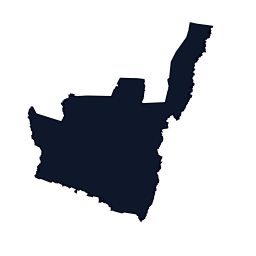 Zacualpan, Morelos, Mexico (Mercator projection), rotated 351°
{"feature_id": "50627088B38622860816181", "entity_name": "Zacualpan", "entity_type": "district", "adm_level": 2, "iso_a3": "MEX", "parent_name": "Mexico", "parent_adm1": "Morelos", "projection": "mercator", "projection_center": [-98.741, 18.81], "detail": "fine", "context": "isolated", "style": "filled", "palette": "ink", "viewbox_px": 256, "rotation_deg": 351, "n_neighbors": 0, "source": "geoboundaries", "source_scale": "gbopen_adm2", "svg_char_len": 5797}
<svg xmlns="http://www.w3.org/2000/svg" viewBox="0 0 256 256"><g transform="rotate(351 128 128)"><path d="M32.7,99.9L32.4,101.4L31.4,101.6L31.3,102.0L32.9,104.3L32.6,104.8L32.9,107.3L32.4,107.8L32.4,108.7L32.9,109.3L32.8,110.5L31.9,111.4L32.6,112.5L32.5,115.1L33.1,115.6L33.5,117.8L33.0,118.9L33.2,120.3L31.9,120.6L31.9,121.1L32.7,121.6L32.8,122.2L31.8,122.8L33.9,125.4L34.1,128.7L33.8,129.9L34.6,130.1L36.6,131.9L38.1,132.7L39.8,137.4L39.4,138.1L38.8,141.6L38.7,141.8L38.1,141.8L38.0,143.1L36.9,143.1L36.7,143.7L36.6,144.9L37.1,145.9L37.2,147.5L36.8,149.4L36.4,149.9L35.4,149.9L34.4,151.1L33.0,151.9L32.6,153.5L34.1,155.1L34.0,155.3L32.3,155.1L32.4,155.7L33.3,156.4L31.3,156.9L30.6,159.4L28.8,160.8L29.6,162.4L30.7,162.6L31.8,163.8L32.9,164.0L33.8,163.7L43.4,169.3L45.2,168.2L46.1,169.1L46.6,169.0L47.8,170.4L48.9,169.8L49.4,171.0L50.7,170.7L53.8,172.9L54.6,173.6L54.8,174.5L55.5,173.4L56.1,174.5L56.7,173.9L57.6,175.1L60.4,176.8L60.6,177.3L60.9,176.8L61.8,177.4L62.3,176.6L67.8,180.1L66.9,182.1L66.0,182.0L65.7,182.6L66.7,183.6L67.9,180.2L69.8,181.5L70.4,181.0L71.8,180.7L71.8,181.1L73.3,181.9L73.1,182.4L76.3,183.5L76.1,184.1L77.8,185.5L79.3,186.1L77.6,188.2L82.1,190.0L82.7,189.1L89.0,191.5L88.6,192.9L88.9,194.2L88.1,196.5L89.2,196.8L89.9,196.1L90.9,195.9L91.0,197.1L91.3,195.5L91.0,195.3L90.7,194.2L91.0,192.7L92.0,193.1L92.7,193.8L92.4,195.2L92.5,195.9L92.9,196.0L92.5,197.6L94.6,198.3L96.3,199.8L97.4,201.1L97.3,202.2L98.2,202.9L98.5,203.0L98.5,202.5L99.3,202.6L99.5,203.7L98.7,206.4L100.8,206.6L101.6,207.5L108.7,210.6L111.4,210.2L123.2,214.0L123.7,215.6L125.0,215.3L124.8,218.7L126.3,221.9L127.3,220.7L128.3,220.6L128.0,219.8L129.2,220.0L130.2,219.7L130.8,218.0L131.7,217.5L132.2,216.8L131.7,215.6L133.4,214.6L134.2,211.4L135.5,210.7L135.6,209.4L136.3,208.6L137.8,208.0L138.3,207.2L139.5,206.5L139.6,205.3L140.6,204.4L140.9,203.6L140.7,202.4L141.7,202.1L142.6,199.1L143.8,196.9L144.0,196.0L143.2,195.8L143.1,195.1L145.6,193.8L145.8,192.6L145.4,192.5L145.2,191.9L145.7,191.4L145.4,190.7L146.3,189.9L146.8,188.7L147.8,188.2L147.8,186.9L149.2,186.6L149.5,186.2L149.9,184.6L149.5,181.9L149.7,179.7L148.7,176.8L148.9,176.2L150.5,175.3L151.4,175.2L151.9,174.1L153.7,172.8L153.8,172.4L152.9,171.8L153.8,171.3L153.9,170.7L153.1,170.4L153.6,169.5L153.7,168.6L155.3,167.1L154.1,166.9L154.0,166.2L156.7,162.0L156.2,161.7L155.6,162.0L155.2,161.7L154.9,160.7L153.8,160.2L153.3,158.8L152.7,154.1L153.8,152.0L154.7,152.6L155.1,151.5L155.9,151.0L156.1,150.1L157.0,149.5L157.8,147.9L158.7,146.8L159.9,146.1L160.5,143.6L160.4,141.8L159.5,141.8L159.2,141.4L159.2,140.8L160.1,139.5L159.5,138.7L159.7,136.4L160.0,136.1L160.7,136.5L160.4,135.3L161.8,133.8L166.4,134.0L167.2,133.8L167.1,131.0L167.8,129.8L166.6,129.9L166.3,129.5L167.4,128.9L166.7,128.5L166.1,127.3L166.3,126.2L166.6,125.8L167.5,125.4L167.1,124.9L167.8,124.3L169.1,123.7L170.1,123.8L170.5,123.2L170.7,122.1L172.2,122.2L173.6,121.0L175.2,121.4L174.7,122.2L175.7,123.2L175.5,124.5L176.6,125.7L177.2,125.7L177.4,127.5L178.5,127.3L177.9,125.5L178.1,125.2L179.0,126.3L179.7,126.6L179.9,125.3L179.3,124.4L179.4,124.0L180.0,123.8L180.6,124.2L181.7,123.7L182.8,119.6L184.6,118.7L184.1,119.6L185.3,119.4L186.7,117.3L187.4,116.9L188.0,115.3L189.5,113.4L190.3,112.8L190.2,112.4L191.2,110.8L191.6,111.0L192.0,110.6L191.8,109.9L192.8,109.3L193.1,108.3L193.6,107.8L194.8,107.6L195.4,106.8L195.7,105.8L194.8,105.5L194.1,104.4L193.2,104.2L193.8,103.3L194.7,103.1L195.3,102.2L196.5,102.1L197.0,101.6L197.2,99.8L195.8,97.3L196.1,96.8L196.7,97.1L196.8,98.0L197.4,98.1L197.8,97.9L197.9,96.6L199.6,95.7L199.9,95.2L199.9,94.7L199.1,94.0L198.8,92.6L199.3,91.0L199.2,90.5L198.2,89.7L198.8,88.6L198.4,88.1L198.4,87.6L199.7,87.4L200.6,85.7L201.4,85.7L201.7,85.1L201.2,84.3L200.0,84.4L199.1,83.9L199.3,83.4L200.7,82.5L200.7,81.7L202.7,80.8L202.5,80.1L202.1,79.8L201.2,79.8L201.1,79.5L203.1,76.9L203.0,74.8L204.6,73.3L205.1,73.4L205.5,72.7L206.1,73.0L206.4,72.2L207.9,70.9L207.8,70.7L206.2,70.9L206.0,70.2L206.3,69.9L207.4,70.0L208.2,68.9L208.7,69.1L209.7,68.4L210.3,68.7L210.7,68.1L210.7,67.0L211.8,67.7L212.3,67.4L212.1,66.0L211.7,65.7L212.2,64.8L213.5,64.9L213.9,64.2L214.4,64.2L216.2,64.6L216.1,63.8L215.4,63.8L214.9,63.1L215.2,62.5L216.1,62.8L216.3,62.4L215.1,61.2L215.3,60.9L216.1,61.2L216.0,60.2L215.4,60.0L215.8,59.2L216.5,59.5L217.1,59.4L217.4,58.0L215.5,56.6L217.1,56.3L217.1,55.7L218.0,55.2L218.0,54.5L216.4,53.4L217.6,52.2L218.9,52.4L218.9,52.1L220.1,51.6L220.3,51.1L220.8,50.9L221.8,51.4L222.3,51.1L222.3,50.1L223.2,49.4L223.1,48.0L224.4,47.5L224.4,47.1L224.3,46.7L222.2,46.5L221.9,46.2L222.1,45.7L222.4,45.3L223.4,46.1L224.3,45.6L224.8,44.7L224.2,43.3L224.6,43.1L224.7,41.7L227.1,41.4L227.2,40.9L212.0,36.4L206.0,34.1L203.6,41.4L200.3,48.0L187.4,61.1L181.3,69.6L177.1,85.6L175.9,86.0L175.1,86.7L175.3,92.1L175.6,92.6L175.4,93.5L174.8,94.3L174.6,95.5L174.8,95.6L173.2,98.4L168.9,109.0L147.6,106.6L145.6,106.0L145.1,104.8L145.1,103.9L147.2,101.5L147.0,101.0L147.9,99.7L146.7,98.8L146.9,98.5L147.8,98.8L148.1,98.6L148.4,97.6L148.4,96.4L148.9,96.0L149.1,94.3L150.0,93.5L149.5,93.1L150.9,89.2L150.2,86.2L151.2,84.7L151.2,82.8L145.4,81.1L128.2,77.9L124.7,82.7L126.0,83.4L124.7,86.2L123.8,86.6L123.6,85.9L122.9,85.6L121.0,88.2L120.4,88.2L116.7,94.6L92.3,90.2L82.7,89.3L78.2,87.7L78.7,86.9L79.3,86.7L78.0,86.0L77.4,86.2L76.8,85.6L76.4,85.8L76.0,87.0L75.0,86.7L75.0,88.3L73.7,90.5L72.4,89.6L71.2,90.2L71.0,91.4L70.2,90.4L69.8,90.4L69.3,91.5L68.3,91.4L68.0,92.5L68.4,94.0L67.1,93.2L66.6,93.1L66.2,93.5L67.7,96.1L67.7,97.0L67.3,98.0L67.8,98.1L68.1,98.6L67.9,99.2L66.8,98.9L66.6,101.3L67.2,101.9L67.0,104.0L67.8,104.6L67.0,107.1L66.1,107.6L65.8,108.2L66.3,108.7L64.5,110.0L63.7,111.6L62.7,111.4L59.2,109.7L39.3,99.8L36.9,92.5L35.9,92.3L35.5,93.5L34.6,93.7L33.4,95.0L33.0,96.6L32.2,97.8L32.3,98.9L32.7,99.9Z" fill="#0f172a" stroke="#020617" stroke-width="1.5"/></g></svg>